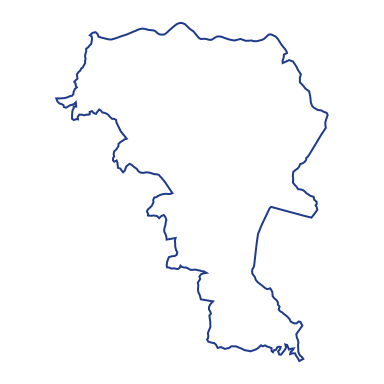 the district of Água Doce, Santa Catarina, Brazil
{"feature_id": "56859067B81535062588760", "entity_name": "Água Doce", "entity_type": "district", "adm_level": 2, "iso_a3": "BRA", "parent_name": "Brazil", "parent_adm1": "Santa Catarina", "projection": "robinson", "projection_center": [-51.633, -26.817], "detail": "fine", "context": "isolated", "style": "outline", "palette": "blue", "viewbox_px": 384, "rotation_deg": 0, "n_neighbors": 0, "source": "geoboundaries", "source_scale": "gbopen_adm2", "svg_char_len": 5904}
<svg xmlns="http://www.w3.org/2000/svg" viewBox="0 0 384 384"><path d="M268.5,34.7L267.2,35.9L265.7,37.4L263.7,39.1L261.6,40.0L258.0,40.9L256.4,41.2L253.8,41.2L251.6,40.5L248.7,40.7L245.6,40.8L242.9,39.8L240.6,39.0L238.3,39.5L236.0,40.1L234.4,40.5L229.2,39.5L225.8,38.4L223.4,37.5L221.2,36.7L219.0,36.4L216.9,36.6L215.1,37.5L213.2,38.8L211.2,39.9L208.6,39.7L206.6,39.1L204.8,38.8L202.9,38.8L200.8,39.0L199.2,38.2L197.6,36.5L196.1,34.6L193.4,31.3L191.4,29.9L189.8,28.9L188.5,27.6L186.8,26.0L185.0,24.2L181.9,23.0L179.6,23.0L176.6,24.2L174.5,25.9L172.7,27.3L169.2,30.4L167.3,32.2L165.7,33.6L163.9,34.6L161.3,34.6L158.7,34.1L156.9,32.6L155.0,30.9L152.7,30.3L150.0,30.1L148.0,29.8L146.1,29.2L143.5,28.7L141.6,28.7L139.9,29.0L137.9,29.7L135.6,30.8L133.5,31.6L131.5,32.5L128.9,33.6L126.7,34.5L122.0,36.0L119.2,37.0L115.9,38.2L113.9,38.8L111.5,39.5L108.7,39.4L106.2,38.8L103.4,38.1L101.1,37.5L98.5,36.7L97.6,34.1L95.6,32.2L92.6,32.8L89.9,35.3L91.7,36.4L92.0,38.6L91.7,41.1L91.2,43.9L89.5,45.6L88.5,47.0L86.2,48.7L86.2,51.5L85.4,54.1L85.0,56.1L85.6,58.7L85.1,60.9L85.1,63.2L83.9,65.2L82.7,67.5L81.2,68.6L80.4,70.4L78.4,72.2L76.9,74.4L77.2,76.5L77.5,78.6L75.9,80.0L74.2,81.8L75.7,83.8L75.7,85.8L76.9,87.3L74.9,89.0L73.6,91.9L73.3,94.4L72.0,95.8L69.9,96.2L67.6,97.2L65.5,97.9L63.7,98.2L62.0,98.2L60.3,98.5L58.2,98.4L56.3,98.4L57.4,101.4L59.5,103.5L61.9,104.2L63.4,105.1L64.0,107.1L66.0,107.7L68.2,106.4L70.2,105.2L72.3,104.7L74.1,104.0L75.8,102.3L76.0,104.3L76.2,106.6L73.7,106.5L73.6,108.5L72.6,110.0L72.3,112.1L72.1,114.8L72.0,118.7L73.9,120.1L76.2,119.1L78.0,119.4L77.7,117.0L79.3,114.6L81.9,114.7L84.3,115.3L86.2,114.7L88.1,114.7L89.7,114.3L89.7,111.9L92.0,111.1L93.5,112.9L96.0,113.9L97.7,111.3L99.2,109.5L100.9,110.5L102.2,112.4L104.8,112.9L106.5,113.7L108.1,114.6L109.9,116.9L112.1,118.8L114.3,118.9L116.1,119.9L116.4,122.2L117.6,124.9L119.2,128.1L120.8,131.4L126.7,138.7L124.4,139.4L122.8,140.6L120.6,142.0L118.5,143.9L118.4,146.2L116.4,149.3L114.1,151.5L113.6,154.3L114.2,156.3L113.1,157.9L113.0,160.3L114.2,161.7L116.6,160.5L117.5,163.1L117.6,165.2L118.0,167.8L120.4,168.6L121.6,170.5L123.1,172.3L124.7,170.6L125.5,168.6L126.2,166.6L127.7,165.2L129.7,163.8L131.7,164.9L133.9,166.9L135.3,167.8L137.0,169.1L138.2,171.0L139.6,172.1L141.2,172.7L143.5,172.9L146.2,172.3L149.0,172.6L151.7,173.3L154.3,174.2L156.7,174.3L158.8,174.8L160.0,176.3L161.6,177.9L165.3,182.5L172.4,193.2L169.9,194.0L167.4,193.9L165.1,193.8L162.2,194.3L159.8,195.1L157.7,196.1L156.3,197.2L154.2,197.5L153.2,200.0L153.5,202.1L152.7,204.0L151.7,205.9L147.8,209.6L146.9,211.4L148.0,213.6L148.0,215.5L151.0,215.8L153.5,215.5L157.1,216.1L159.1,218.2L161.4,216.0L163.8,215.0L165.3,217.1L166.4,219.9L165.7,222.4L165.5,224.9L164.8,226.8L164.2,229.4L164.4,232.1L165.5,234.1L166.4,236.8L166.6,239.6L175.6,238.0L174.9,240.6L175.2,243.8L175.2,246.6L176.1,250.1L177.3,252.3L176.6,254.9L174.7,256.0L172.6,256.2L170.9,256.5L169.1,257.0L168.1,259.1L167.0,262.3L166.7,265.1L167.0,267.3L169.3,267.6L171.3,268.6L173.8,268.3L176.7,268.9L178.4,268.8L179.7,267.7L180.5,265.7L181.8,266.9L184.0,267.5L186.5,267.6L188.1,268.5L190.5,269.8L192.7,269.9L194.5,269.6L196.4,269.8L198.4,270.3L200.1,270.6L201.9,271.3L204.0,271.4L206.5,272.9L203.5,273.4L201.0,274.3L199.4,276.5L200.2,279.0L199.1,280.7L197.8,282.7L198.3,285.0L198.2,287.2L197.9,289.4L198.4,292.3L199.6,294.7L200.3,297.1L200.8,299.3L213.0,301.4L210.8,303.7L209.7,305.4L209.0,307.2L209.0,309.5L210.3,311.7L210.9,313.7L209.4,315.6L209.8,318.6L210.3,321.8L210.3,324.6L210.4,326.9L209.5,329.1L208.6,331.1L207.9,333.2L208.3,335.5L208.1,338.1L207.1,339.5L208.1,341.5L210.0,342.2L212.4,342.8L214.3,343.1L216.0,344.7L217.6,347.9L219.5,347.4L221.1,347.1L222.7,347.9L224.9,348.9L227.1,348.4L228.9,348.1L231.3,346.3L233.8,346.3L235.6,346.3L237.3,346.9L239.2,347.7L241.8,348.7L244.3,350.1L246.5,350.5L248.4,350.8L250.5,351.3L252.5,350.6L254.1,350.1L256.1,349.3L258.1,348.1L259.5,346.7L261.0,345.3L262.7,346.3L265.1,345.4L267.5,346.7L269.8,347.4L271.6,348.2L271.5,350.9L273.0,352.2L274.2,350.1L276.0,349.8L277.2,347.3L279.1,346.7L280.7,347.0L279.9,349.4L278.1,351.3L279.2,354.5L281.0,354.7L282.4,353.0L285.1,349.4L286.1,347.5L285.3,344.5L287.0,344.9L288.1,347.1L288.9,349.5L291.4,348.7L293.7,348.4L292.5,350.4L290.7,351.8L290.2,354.1L292.6,353.3L295.0,353.3L296.1,355.7L298.0,358.5L299.3,361.0L301.5,359.8L303.3,358.9L301.8,356.9L299.9,355.4L298.9,353.4L298.3,351.5L298.3,349.0L298.0,345.3L298.4,342.6L297.9,340.1L296.8,337.3L296.3,334.1L302.4,325.6L301.3,323.9L300.4,321.9L298.6,321.5L296.7,323.3L294.4,323.4L292.5,322.6L290.7,321.6L289.7,319.3L287.7,317.0L285.6,315.2L283.7,313.9L282.2,312.4L280.2,311.3L278.7,309.6L279.6,306.8L277.9,304.6L277.9,302.4L276.6,300.2L274.3,298.3L272.7,296.3L272.5,294.4L272.3,291.9L271.4,290.3L270.2,288.3L267.2,289.2L264.8,287.8L262.5,285.9L260.0,284.0L257.6,282.1L255.7,279.7L254.9,277.1L253.2,274.9L252.2,273.2L252.1,271.1L252.5,268.9L253.7,267.2L254.2,265.1L256.2,247.3L256.8,242.5L258.0,234.1L261.4,225.6L269.7,208.1L271.2,206.9L304.0,215.8L311.5,217.6L313.5,215.0L314.6,213.6L316.0,211.7L317.3,209.7L316.7,207.1L315.6,205.4L316.7,204.0L316.6,201.8L314.1,199.6L313.6,196.8L312.0,196.3L310.2,195.8L308.3,194.4L306.0,192.9L304.5,191.2L302.7,190.0L300.2,189.3L298.1,189.2L296.5,186.7L294.7,184.9L292.9,182.5L293.2,179.1L292.8,176.0L293.3,171.9L295.4,170.1L297.8,168.4L299.2,166.6L300.1,164.2L302.7,163.2L304.6,162.0L306.1,159.9L306.3,158.0L307.8,156.7L308.9,155.2L321.4,134.5L325.8,127.9L325.4,125.1L325.3,122.5L326.5,118.3L327.7,115.0L326.6,112.8L323.4,111.7L321.3,110.4L317.8,110.0L313.9,107.7L312.2,106.0L310.9,102.7L310.2,96.2L309.1,91.3L305.4,88.6L303.1,85.6L299.9,82.3L299.9,77.6L300.9,74.3L298.0,70.0L296.6,67.0L295.5,65.2L293.0,61.5L289.0,60.1L286.2,61.5L282.7,63.0L282.6,60.5L283.7,57.7L283.9,54.5L287.0,53.1L286.4,51.1L284.8,48.8L282.9,46.5L281.3,44.4L279.9,42.2L277.9,39.0L275.7,36.6L272.6,35.1L270.3,34.3L268.5,34.7Z" fill="none" stroke="#1e3a8a" stroke-width="2"/></svg>